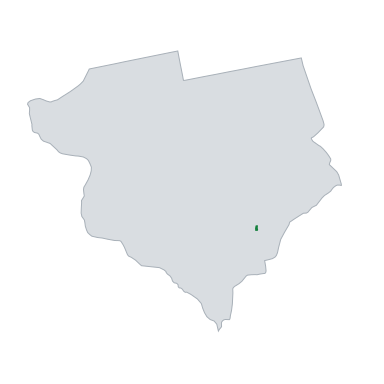 Sowa highlighted on a map of Botswana, rotated 81°
{"feature_id": "BWA-5505", "entity_name": "Sowa", "entity_type": "Township", "adm_level": 1, "iso_a3": "BWA", "parent_name": "Botswana", "parent_adm1": "", "projection": "orthographic", "projection_center": [26.183, -20.572], "detail": "fine", "context": "in_parent", "style": "filled", "palette": "green", "viewbox_px": 384, "rotation_deg": 81, "n_neighbors": 0, "source": "natural_earth", "source_scale": "10m", "svg_char_len": 2917}
<svg xmlns="http://www.w3.org/2000/svg" viewBox="0 0 384 384"><g transform="rotate(81 192 192)"><path d="M208.9,43.5L208.3,45.1L207.9,47.5L208.4,49.2L209.7,51.6L211.5,53.6L212.9,54.9L214.5,57.9L216.1,61.6L218.3,64.6L224.6,71.3L225.3,73.7L226.1,76.1L230.1,80.7L230.7,82.3L230.4,85.4L234.5,94.8L237.1,100.3L239.4,101.3L246.5,107.1L252.7,111.8L260.0,115.0L265.4,117.1L268.0,118.7L269.3,120.2L270.4,123.0L270.9,127.9L271.1,131.0L276.8,130.9L281.6,131.2L283.2,131.9L283.8,132.8L283.7,134.9L283.7,138.0L283.9,140.5L283.4,143.1L283.0,146.3L282.8,150.2L283.5,151.7L288.0,156.7L289.9,159.9L291.9,164.7L293.0,166.2L294.0,166.9L298.1,167.4L308.7,169.6L315.2,171.5L320.3,173.5L322.5,174.1L323.5,174.6L323.9,175.1L323.1,179.2L323.3,180.6L323.9,181.8L324.8,182.8L325.8,183.4L329.7,183.9L332.0,186.5L333.5,187.7L326.4,188.2L322.9,190.3L320.8,194.0L317.5,196.8L313.2,198.5L308.5,199.6L303.7,200.2L298.5,203.4L292.9,209.2L290.1,212.9L290.0,214.4L288.7,215.7L286.4,216.8L285.1,218.1L284.7,219.6L283.5,220.4L281.3,220.3L279.8,221.4L278.9,223.8L276.9,225.2L273.9,225.6L271.4,226.9L269.2,229.1L267.5,230.1L266.4,230.2L264.5,231.9L261.6,236.0L261.1,237.9L256.9,253.4L254.7,255.2L250.5,258.4L247.0,262.2L245.5,264.5L243.9,265.5L236.0,267.4L233.1,268.4L229.6,269.9L228.7,271.2L227.8,276.0L225.4,282.8L223.4,287.9L222.2,292.3L220.0,297.8L218.1,299.6L215.9,301.3L213.0,302.1L209.1,302.7L205.6,302.6L202.8,302.7L199.0,304.6L195.5,304.8L189.9,303.7L185.3,302.7L183.2,302.5L179.1,299.0L176.5,299.0L172.6,298.8L170.3,298.0L168.2,296.2L163.7,292.7L159.2,289.9L155.3,288.2L151.7,287.5L148.2,288.3L145.6,289.1L144.5,289.5L142.5,291.0L140.4,293.9L138.8,298.4L138.2,301.1L136.4,307.0L134.0,313.9L132.8,316.0L131.4,317.5L129.2,318.8L121.9,324.5L118.5,330.8L116.2,332.7L113.4,333.6L111.1,334.2L109.8,335.2L108.5,338.4L107.2,339.6L105.9,340.0L101.6,339.8L100.3,339.5L89.2,340.4L85.8,339.6L83.3,339.2L79.6,340.7L78.0,339.9L76.6,337.3L75.7,332.1L75.8,327.7L77.7,324.2L79.3,321.7L80.8,318.4L81.0,317.0L80.6,315.7L80.2,313.1L79.9,310.4L77.2,304.5L73.9,296.8L69.6,288.2L68.2,285.8L65.5,282.1L55.9,275.2L54.5,274.3L54.4,273.5L54.1,266.5L53.7,257.1L53.3,247.8L52.8,238.5L52.4,229.2L52.0,219.9L51.6,210.6L51.2,201.2L50.8,191.9L50.5,184.0L57.3,183.8L65.8,183.5L75.9,183.1L80.4,183.0L80.6,181.7L80.4,175.9L79.9,162.6L79.5,149.4L79.0,136.1L78.6,122.8L78.1,109.5L77.7,96.2L77.3,83.0L76.9,69.7L76.7,63.1L84.7,62.5L93.8,60.9L108.6,58.3L122.4,55.3L131.4,53.5L142.1,51.4L145.8,51.0L146.8,51.2L148.3,51.8L153.3,58.4L156.5,63.4L157.2,65.6L157.8,65.8L159.2,65.4L160.9,64.6L165.9,59.5L166.9,58.1L170.1,55.6L174.0,53.1L177.5,51.3L181.1,49.8L182.7,50.1L184.7,51.4L186.4,52.1L194.5,45.9L198.1,44.5L207.6,43.3L208.9,43.5Z" fill="#d9dde1" stroke="#a8b0b8" stroke-width="1"/><path d="M235.8,133.0L236.4,133.1L237.9,133.5L238.4,133.4L239.1,133.3L239.8,133.5L239.7,134.8L238.1,134.7L236.5,134.2L235.7,133.8L235.8,133.0Z" fill="#22c55e" stroke="#15803d" stroke-width="1.5"/></g></svg>